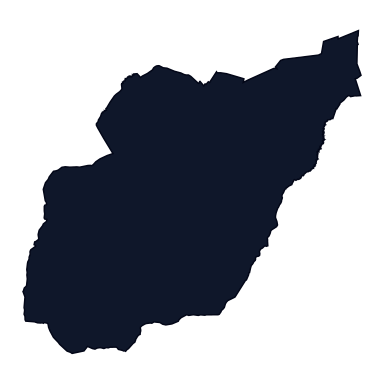 outline of Ciumani, Harghita, Romania
{"feature_id": "2599482B61629303727972", "entity_name": "Ciumani", "entity_type": "district", "adm_level": 2, "iso_a3": "ROU", "parent_name": "Romania", "parent_adm1": "Harghita", "projection": "orthographic", "projection_center": [25.481, 46.64], "detail": "fine", "context": "isolated", "style": "filled", "palette": "ink", "viewbox_px": 384, "rotation_deg": 0, "n_neighbors": 0, "source": "geoboundaries", "source_scale": "gbopen_adm2", "svg_char_len": 5909}
<svg xmlns="http://www.w3.org/2000/svg" viewBox="0 0 384 384"><path d="M87.5,346.4L92.6,348.6L95.0,349.1L97.0,348.1L99.3,347.7L100.9,347.7L103.9,348.5L105.7,347.8L107.1,347.5L108.0,347.9L110.1,347.2L116.1,347.1L117.1,347.6L118.4,349.4L122.1,350.3L123.8,351.0L124.7,350.8L125.6,351.3L127.0,349.6L128.4,348.7L133.1,343.4L134.8,342.2L135.6,340.0L135.5,339.7L137.3,336.7L138.5,335.1L140.1,334.4L140.2,333.0L140.7,330.9L140.6,329.2L140.3,328.1L140.6,326.9L141.8,325.8L144.7,324.1L146.3,323.5L150.2,323.0L151.9,323.2L154.0,321.9L159.9,322.5L162.7,324.2L165.8,324.9L171.9,323.9L178.3,321.2L179.0,319.7L181.2,317.6L186.7,314.7L188.7,315.4L193.3,314.7L198.3,315.4L200.5,314.8L204.9,315.2L206.3,314.8L218.1,314.7L219.2,314.3L220.9,311.9L221.5,310.4L222.9,309.2L224.3,307.5L225.4,303.8L226.4,302.1L227.8,300.6L235.0,297.0L245.4,280.5L246.4,279.9L248.6,274.8L248.7,273.0L249.5,272.7L250.6,267.7L251.5,264.8L252.1,264.7L253.5,262.5L253.6,261.9L255.2,260.4L255.6,259.0L255.4,258.0L255.8,257.2L256.8,256.5L258.7,256.1L259.6,255.3L259.8,253.7L259.4,251.4L260.5,249.2L262.6,247.9L264.3,246.2L265.3,245.8L266.2,246.3L267.8,245.8L267.5,240.9L267.6,240.0L267.3,238.1L268.2,236.6L268.7,236.4L269.5,234.9L270.4,232.6L270.4,231.7L271.4,230.0L276.5,226.7L277.5,225.0L276.9,221.5L275.5,217.8L275.5,215.9L276.1,212.8L277.7,208.2L278.4,207.3L279.8,204.2L280.4,203.8L281.4,201.7L281.7,199.5L282.2,198.8L282.1,197.7L282.3,197.4L281.9,196.5L282.0,195.3L282.8,193.3L283.3,193.0L284.4,190.3L285.3,188.9L285.9,188.8L286.3,187.6L286.8,187.7L288.9,186.0L291.8,184.6L292.2,183.4L294.2,179.7L294.7,179.6L295.9,180.3L297.7,179.2L298.4,179.4L299.5,179.0L299.8,178.6L300.2,178.5L300.1,178.2L300.8,178.0L301.8,175.8L302.3,175.4L303.3,175.7L303.7,175.3L303.8,174.5L306.6,171.9L308.5,171.6L309.1,170.9L310.0,171.1L311.0,170.2L311.1,169.7L310.9,169.6L311.4,168.8L312.5,168.8L312.9,168.0L313.3,168.1L313.1,167.6L313.5,167.2L313.3,167.0L314.1,166.3L314.2,166.7L314.6,166.5L314.7,166.1L314.5,165.8L315.0,165.8L314.9,165.1L315.1,165.0L314.6,164.6L315.4,164.2L315.6,163.8L315.4,163.6L315.7,163.7L316.1,163.3L315.9,163.0L316.0,162.3L316.2,162.2L316.3,161.4L316.1,160.3L316.5,160.4L317.2,159.6L317.4,158.5L317.8,158.6L317.3,157.7L317.6,156.8L317.4,156.5L317.0,154.8L317.6,153.7L317.8,154.1L317.9,153.5L317.6,153.4L317.9,152.2L317.2,152.3L317.0,152.0L317.8,151.3L318.4,151.5L318.1,151.0L318.5,150.2L318.7,150.3L318.6,149.9L319.1,150.1L319.4,149.7L318.9,149.6L319.1,149.1L320.6,148.9L320.3,148.4L320.7,148.3L320.2,147.8L320.5,147.4L320.2,147.4L320.4,147.2L320.1,146.6L320.7,146.7L320.9,145.7L321.2,145.6L321.6,144.4L321.9,144.5L322.2,143.8L322.8,143.8L322.8,143.2L323.4,143.2L323.5,142.7L323.1,142.6L323.1,142.1L322.8,141.7L323.0,141.1L322.5,141.0L322.6,140.6L323.6,140.9L323.9,140.3L323.5,140.1L324.1,139.8L323.6,139.7L323.7,139.3L323.9,139.5L324.3,139.1L323.7,138.3L323.8,137.4L323.4,137.6L323.7,136.7L323.0,136.2L323.0,135.2L323.4,135.1L322.5,134.7L322.8,134.1L323.3,134.1L323.7,133.6L323.2,133.3L323.1,132.8L323.6,132.4L322.8,132.0L322.9,131.5L322.7,131.4L322.8,131.0L323.4,130.7L323.7,131.0L323.6,130.6L323.9,130.5L323.7,130.5L323.4,129.9L324.0,129.2L323.5,128.7L324.0,128.6L324.1,128.3L323.5,127.7L323.6,127.1L324.3,126.4L324.2,126.0L324.5,125.9L324.6,124.9L324.9,125.1L325.3,124.9L324.8,124.7L325.0,124.2L324.6,123.7L325.2,123.2L325.1,122.3L325.8,121.7L326.5,121.6L326.8,121.0L327.4,121.0L327.6,119.9L330.5,119.5L331.2,118.9L331.2,118.4L332.8,118.6L336.2,108.6L336.8,108.9L339.9,104.0L339.6,103.4L343.8,100.1L346.4,97.0L348.2,95.7L349.4,95.6L350.6,96.6L355.4,95.7L355.9,95.9L360.6,95.6L355.2,78.7L357.1,78.2L361.0,75.3L359.7,71.3L356.9,63.8L357.3,45.0L358.1,44.4L357.2,41.7L357.6,36.5L358.1,36.0L358.4,30.6L338.1,38.9L338.0,36.5L323.6,41.5L321.5,53.6L318.4,55.1L283.4,59.4L280.6,60.5L275.5,66.9L276.6,67.8L277.0,68.9L275.3,68.4L273.6,68.5L248.1,80.0L243.2,82.5L243.9,78.8L226.6,73.7L220.6,72.8L217.1,72.8L216.5,71.8L209.5,82.6L208.3,81.8L206.1,84.4L205.1,83.9L203.8,85.9L200.0,81.4L199.7,81.5L198.9,83.4L198.4,83.4L190.8,76.4L188.5,75.0L185.9,75.0L184.0,74.5L180.9,73.0L174.5,71.3L167.0,68.2L163.2,67.8L159.3,65.8L158.3,65.7L156.4,66.0L155.0,66.8L153.6,67.9L152.5,69.9L147.4,73.5L142.3,76.1L140.6,77.5L137.1,73.7L133.7,74.0L133.9,75.1L133.1,75.5L132.5,75.0L132.5,75.8L131.7,76.2L131.7,76.9L130.6,76.8L130.3,76.2L129.5,76.7L129.5,76.2L129.2,76.0L128.9,76.3L128.9,76.8L127.6,77.0L126.7,78.7L125.3,78.6L125.1,79.4L125.4,79.6L125.0,80.2L125.1,80.8L123.6,81.2L123.1,82.3L122.6,82.2L122.6,82.5L123.1,83.1L123.1,83.4L121.7,83.6L121.5,84.6L122.0,88.6L121.3,90.0L119.7,91.7L116.3,94.2L114.4,96.0L110.1,102.2L106.8,107.8L107.0,108.1L106.0,108.5L106.3,109.8L105.9,110.0L106.1,110.3L105.4,110.4L105.0,111.0L104.4,110.7L104.4,111.2L103.2,112.1L102.7,112.1L102.8,112.6L102.4,112.5L101.6,113.4L100.6,116.5L98.3,120.2L98.5,120.7L98.1,121.6L96.4,123.8L96.4,125.2L97.8,128.0L103.7,138.3L113.0,153.6L107.3,155.5L100.0,158.9L95.8,161.8L93.2,164.7L91.7,165.7L90.6,165.4L88.0,165.5L79.6,167.2L76.9,166.9L69.9,167.2L65.3,166.8L61.9,167.3L58.4,170.0L56.3,170.8L53.5,171.3L49.3,176.8L48.2,179.4L45.5,182.7L43.3,189.3L45.3,200.8L46.2,202.0L46.7,204.6L44.7,205.3L44.3,206.5L44.3,211.0L44.7,213.9L44.2,217.6L44.4,218.5L45.0,219.2L46.7,219.2L47.0,219.7L46.2,221.7L43.3,224.0L42.7,225.6L39.2,230.2L38.2,234.3L38.3,235.9L38.8,238.4L38.3,239.6L36.0,241.4L34.7,241.9L34.1,244.7L35.5,245.5L35.6,246.3L30.9,249.7L30.4,250.6L30.0,251.9L30.2,254.1L29.1,257.2L29.2,258.1L28.9,259.7L27.8,261.9L27.5,263.4L26.8,269.6L27.2,272.5L26.9,275.0L27.3,278.9L26.6,285.5L26.0,286.5L24.3,288.0L23.4,291.0L23.0,291.5L25.0,297.0L24.2,306.4L24.1,307.9L24.5,309.1L24.6,310.7L24.1,314.2L25.0,316.4L25.1,319.8L25.7,321.1L34.5,321.8L37.5,322.8L40.7,323.0L42.2,322.8L43.3,323.2L43.4,322.9L43.9,322.7L45.6,322.8L47.6,323.3L48.1,324.3L48.6,327.3L49.9,330.7L53.5,337.4L58.4,342.5L59.6,344.2L65.2,349.4L67.1,351.1L70.5,352.3L72.1,353.4L84.0,350.9L87.5,346.4Z" fill="#0f172a" stroke="#020617" stroke-width="1.5"/></svg>